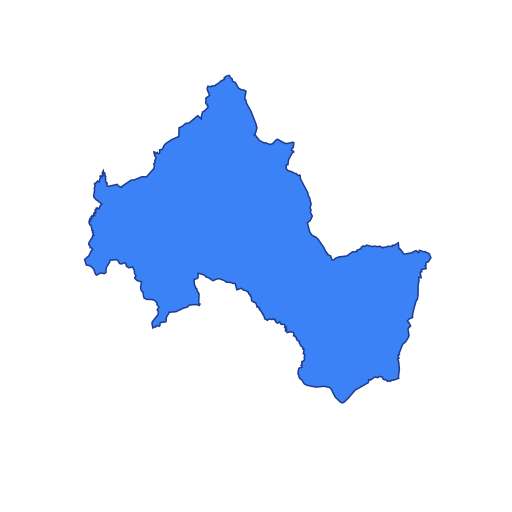 Tak Fa, Nakhon Sawan, Thailand (Robinson projection), rotated 153°
{"feature_id": "78962969B50011174142217", "entity_name": "Tak Fa", "entity_type": "district", "adm_level": 2, "iso_a3": "THA", "parent_name": "Thailand", "parent_adm1": "Nakhon Sawan", "projection": "robinson", "projection_center": [100.501, 15.388], "detail": "fine", "context": "isolated", "style": "filled", "palette": "blue", "viewbox_px": 512, "rotation_deg": 153, "n_neighbors": 0, "source": "geoboundaries", "source_scale": "gbopen_adm2", "svg_char_len": 6146}
<svg xmlns="http://www.w3.org/2000/svg" viewBox="0 0 512 512"><g transform="rotate(153 256 256)"><path d="M406.7,311.3L402.9,311.4L401.0,310.7L399.4,309.2L397.2,309.3L395.8,312.1L394.3,313.9L389.2,317.0L388.2,318.3L387.5,318.3L382.0,316.1L381.0,314.0L381.1,311.6L380.6,310.8L379.3,309.9L376.7,309.8L375.5,308.8L376.0,305.4L374.4,303.0L371.1,302.5L370.9,298.5L372.1,295.8L371.9,292.6L373.7,292.0L374.1,290.9L373.0,288.0L369.8,285.1L373.4,279.8L373.9,277.3L373.1,274.6L374.5,271.4L374.8,269.3L373.1,266.9L368.5,264.5L366.6,262.6L365.5,259.4L366.3,257.9L365.7,254.7L368.5,252.9L368.2,250.8L369.8,248.3L378.4,244.4L379.4,242.9L380.6,238.7L378.5,238.8L377.8,238.3L375.9,239.0L374.2,237.3L373.1,237.7L372.2,239.6L371.4,240.0L366.1,238.3L363.5,242.2L358.7,245.2L352.6,242.7L344.5,242.5L340.2,241.6L338.3,242.5L335.0,241.6L330.7,239.5L329.1,237.7L327.7,238.6L328.4,239.4L328.3,240.2L323.9,248.2L324.2,252.0L323.6,253.9L324.4,254.8L323.8,256.5L324.2,257.4L321.9,263.2L318.4,262.6L317.3,263.2L315.4,267.0L310.7,262.5L310.0,260.0L307.8,257.7L305.6,253.5L301.3,253.3L299.1,252.5L295.3,248.4L294.4,246.2L289.8,243.4L289.3,242.2L287.0,241.1L288.4,234.6L283.7,233.9L282.7,231.3L280.5,229.6L280.0,228.0L279.2,227.4L279.6,225.5L278.7,223.6L279.3,223.3L279.0,221.4L280.2,218.1L279.0,215.8L277.6,214.7L277.7,211.6L278.3,210.1L277.2,209.9L276.9,209.2L277.1,208.3L276.7,208.1L277.2,207.4L276.6,206.3L277.0,205.4L276.5,204.7L276.5,202.1L275.9,201.2L276.5,200.4L276.1,198.5L276.8,196.2L274.9,193.4L274.2,193.9L272.2,193.6L270.7,192.2L269.3,192.3L268.7,191.2L267.8,191.0L267.9,190.0L268.3,190.0L268.1,187.5L267.4,186.4L264.8,186.6L264.9,184.5L264.1,183.3L262.2,182.6L262.0,181.9L261.8,180.6L262.4,179.8L261.7,179.2L262.6,179.2L262.2,178.5L262.8,177.8L262.1,176.8L263.4,176.6L263.8,175.8L263.1,175.1L263.0,173.6L260.5,173.1L257.8,171.5L257.3,169.3L258.8,167.9L257.6,167.0L257.7,165.9L256.9,164.9L257.8,163.3L257.1,161.3L256.1,160.3L256.8,159.5L256.9,155.9L255.9,153.0L256.5,151.6L255.7,151.3L255.8,150.5L258.2,147.5L257.5,146.9L257.6,145.7L259.2,143.6L259.7,141.9L261.2,140.7L262.6,141.2L263.6,140.7L263.6,139.2L265.5,138.0L264.9,137.4L265.1,136.1L268.5,136.5L270.1,135.0L272.2,131.7L271.9,129.7L272.7,128.5L272.4,126.4L271.6,125.5L271.0,120.1L269.2,117.6L262.1,112.0L254.5,109.0L250.3,105.6L249.5,103.9L249.4,94.2L247.3,88.0L246.0,86.0L244.2,85.7L239.3,87.1L228.4,91.5L213.3,92.2L211.8,94.7L210.5,93.5L205.1,94.2L202.7,92.3L200.9,92.8L198.5,90.9L198.6,88.7L197.9,87.4L196.4,86.9L195.7,84.5L194.4,84.6L193.1,83.3L191.4,83.9L190.2,83.0L184.3,82.3L183.9,83.7L179.5,90.3L176.8,97.2L176.6,100.0L175.0,100.0L174.8,102.8L172.9,103.0L172.9,104.1L165.5,110.7L161.5,111.7L156.8,114.6L155.5,116.2L153.9,121.6L152.9,122.6L150.1,123.4L149.9,126.8L150.6,129.4L148.3,130.4L144.5,130.1L142.6,133.4L138.1,138.6L133.7,143.3L131.9,144.1L129.5,147.4L124.8,156.3L121.9,160.1L120.7,163.2L118.7,161.7L117.1,167.0L115.4,166.7L114.8,168.8L110.1,167.5L109.7,170.4L109.0,170.1L107.6,173.0L105.1,172.6L100.9,175.1L100.7,179.6L103.5,183.2L105.2,184.1L107.8,186.9L109.7,185.2L110.9,188.1L114.1,188.4L114.9,187.9L123.3,190.4L124.3,196.7L125.3,197.7L123.2,203.2L126.9,202.7L129.8,203.6L130.3,202.7L134.5,205.0L135.6,204.6L138.2,205.9L139.3,205.6L141.2,208.5L143.5,209.2L146.3,211.3L147.8,211.3L152.4,215.4L155.2,215.3L156.1,216.4L158.2,216.0L159.1,214.9L163.6,215.3L164.4,214.2L168.1,215.9L175.1,214.8L182.6,217.6L186.5,217.9L188.2,217.2L190.0,217.8L189.5,222.2L191.6,224.8L191.1,225.5L191.7,226.5L191.4,227.6L192.0,228.3L191.7,232.4L193.0,242.7L194.2,246.0L194.9,246.1L195.5,247.7L196.5,248.5L197.2,253.0L195.1,262.3L191.4,263.1L187.7,266.0L187.7,270.3L186.0,272.1L186.1,273.6L185.4,275.1L183.4,277.0L181.8,283.8L182.1,286.4L181.1,288.8L181.4,302.2L181.1,305.8L180.1,307.4L180.5,308.5L182.0,308.6L182.9,311.5L184.1,311.9L185.5,314.4L188.9,317.8L189.3,320.1L188.0,323.2L186.1,322.9L183.2,327.1L177.0,331.4L175.1,331.6L175.0,332.4L176.2,333.7L176.2,334.9L173.5,335.8L170.9,339.6L171.4,340.6L177.2,342.1L179.1,343.2L183.9,350.3L185.2,350.3L190.5,348.5L193.1,349.2L195.9,352.4L197.4,353.0L200.5,357.3L201.5,363.0L202.6,364.9L201.2,365.1L197.0,369.7L196.1,373.7L194.8,387.0L195.1,396.4L194.2,399.8L194.7,401.3L190.1,407.3L191.3,409.3L193.4,410.6L195.4,413.6L195.6,420.0L197.6,422.4L196.8,424.6L197.7,426.3L197.8,429.1L200.9,429.7L203.6,429.1L203.8,427.7L207.5,427.9L211.4,426.8L213.7,426.9L214.8,426.3L218.3,427.5L218.7,427.1L221.9,429.1L223.5,427.3L224.0,425.5L224.4,420.2L229.1,419.4L229.8,417.4L231.3,415.5L231.4,414.1L230.8,413.6L231.2,412.0L230.6,411.6L231.4,410.2L235.5,408.8L238.4,408.5L241.5,404.9L242.5,402.9L244.2,407.5L255.3,404.9L258.5,406.1L263.1,404.9L266.3,405.3L270.5,397.5L277.9,398.0L285.3,397.2L287.9,396.1L291.1,393.5L293.6,394.4L295.0,391.7L296.4,391.3L297.2,392.5L297.0,393.0L298.6,392.9L299.4,393.5L298.9,394.3L299.5,395.0L299.6,394.2L300.2,394.1L300.0,392.2L300.8,391.5L300.4,389.2L300.9,388.3L302.9,387.0L303.5,384.9L305.3,384.6L305.7,382.4L307.1,380.4L317.7,376.2L321.5,378.4L329.8,379.1L333.0,380.3L343.5,379.0L344.7,378.2L347.0,381.0L347.1,382.8L356.3,385.2L356.8,386.6L355.5,388.5L356.2,389.4L355.8,391.7L354.8,393.2L354.4,394.9L353.7,395.2L354.0,396.5L353.0,398.5L353.9,399.6L353.4,401.2L355.2,399.8L355.4,399.2L354.9,398.9L355.8,398.6L355.6,397.3L357.0,396.5L357.7,397.9L358.8,397.9L359.0,396.1L360.2,395.5L362.3,393.1L363.1,394.7L365.5,393.7L366.6,394.0L367.2,393.6L367.6,391.4L369.4,389.7L370.0,387.8L373.4,383.2L373.7,381.9L372.9,378.8L369.7,372.2L371.7,371.7L374.6,369.4L375.7,371.0L376.4,370.1L376.9,370.9L377.6,370.0L378.4,370.1L378.5,368.4L379.4,367.1L379.9,368.2L380.6,367.5L381.2,367.6L381.4,365.8L381.9,366.4L382.8,365.3L383.7,366.3L384.0,365.4L385.4,365.7L385.5,363.7L387.1,363.7L387.2,364.5L387.8,364.1L387.6,362.3L389.1,362.7L389.8,360.7L389.9,359.3L389.2,358.2L390.1,353.9L390.6,353.3L390.1,352.9L390.9,352.5L390.4,352.5L390.3,351.6L391.0,351.0L390.5,350.4L391.2,349.3L391.2,348.1L392.1,348.5L394.2,346.2L394.7,346.3L398.7,343.8L399.8,342.3L399.5,339.5L399.9,338.8L399.3,338.7L398.7,336.0L400.5,335.4L404.7,332.1L410.3,330.7L411.3,325.0L408.5,322.8L407.1,320.0L406.6,317.5L407.3,312.6L406.7,311.3Z" fill="#3b82f6" stroke="#1e3a8a" stroke-width="1.5"/></g></svg>